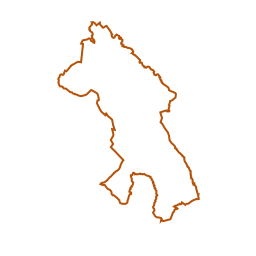 the district of Ogan Ilir, Sumatera Selatan, Indonesia, rotated 315°
{"feature_id": "22746128B50783491652131", "entity_name": "Ogan Ilir", "entity_type": "district", "adm_level": 2, "iso_a3": "IDN", "parent_name": "Indonesia", "parent_adm1": "Sumatera Selatan", "projection": "robinson", "projection_center": [104.638, -3.42], "detail": "fine", "context": "isolated", "style": "outline", "palette": "amber", "viewbox_px": 256, "rotation_deg": 315, "n_neighbors": 0, "source": "geoboundaries", "source_scale": "gbopen_adm2", "svg_char_len": 5856}
<svg xmlns="http://www.w3.org/2000/svg" viewBox="0 0 256 256"><g transform="rotate(315 128 128)"><path d="M178.4,33.1L178.6,30.0L178.1,28.3L177.1,28.3L176.9,27.8L176.0,29.3L171.5,29.7L170.9,31.1L170.2,31.8L170.0,31.6L169.9,31.9L169.8,33.2L170.2,34.4L170.0,36.0L169.3,36.8L168.7,37.2L167.6,37.2L167.2,38.2L166.5,38.6L166.2,39.8L166.2,41.8L166.0,42.3L165.5,43.1L164.4,43.9L164.0,43.0L164.3,42.8L164.0,41.9L164.1,41.6L163.5,40.0L164.5,38.6L164.0,37.5L163.7,37.0L163.1,36.8L162.1,36.7L157.8,34.0L154.5,35.2L155.6,36.7L155.1,37.2L141.3,48.3L139.3,45.7L132.1,43.7L132.1,43.8L125.1,44.3L124.4,44.3L124.1,43.8L124.0,42.9L122.4,43.5L121.2,44.3L120.2,44.6L119.5,44.4L119.2,44.1L119.0,43.1L118.8,43.0L118.2,42.6L117.2,42.6L115.4,43.6L114.2,43.6L113.2,44.3L113.1,44.8L112.3,45.9L111.4,46.2L110.4,47.5L110.4,47.9L109.5,49.4L109.5,50.7L110.6,51.7L110.7,52.8L110.9,53.4L110.6,53.8L110.6,54.7L112.0,56.3L112.5,61.7L113.6,63.2L113.4,64.4L114.3,66.0L114.2,66.5L114.9,67.1L115.9,69.8L116.7,71.4L117.6,72.5L118.7,73.0L119.3,73.6L120.6,74.1L122.3,75.0L128.8,75.1L129.8,78.2L130.6,81.4L130.6,82.0L130.0,83.5L128.2,86.4L127.1,87.6L126.0,87.0L125.8,87.3L125.1,87.4L123.7,88.5L123.4,88.9L121.4,94.8L120.7,97.6L121.0,103.0L122.3,102.6L123.2,101.6L122.6,103.5L122.2,105.6L122.6,108.9L122.6,110.9L119.4,115.7L117.3,119.9L116.0,117.6L113.0,122.4L111.9,123.1L107.4,124.3L106.1,128.8L102.3,129.4L102.3,136.5L102.0,145.5L102.1,147.1L101.9,147.6L100.4,147.6L96.9,148.8L95.0,149.9L92.7,150.7L90.9,150.7L88.1,150.0L87.5,150.3L86.5,149.8L85.1,150.2L84.5,150.0L81.5,150.2L79.8,149.9L76.2,150.3L72.7,149.7L70.9,148.4L70.0,148.1L68.9,148.2L69.5,149.8L71.2,151.9L70.6,156.2L70.6,156.7L71.3,158.5L71.5,159.4L71.2,161.2L70.7,162.0L69.9,162.9L69.6,163.7L69.7,164.7L70.1,164.8L70.4,165.9L70.8,169.3L70.8,172.8L69.5,175.1L69.5,175.6L70.0,177.0L72.2,179.6L73.8,180.2L74.9,180.2L76.3,179.1L78.8,177.9L79.5,177.3L81.4,176.4L82.6,176.1L83.2,176.8L83.7,176.8L83.9,176.2L84.6,175.8L83.9,174.0L86.1,172.7L86.7,173.0L87.3,172.1L87.8,172.2L88.4,172.0L89.2,172.2L89.3,171.7L90.5,171.6L91.7,171.3L92.3,170.6L93.1,170.3L93.2,169.3L93.1,168.2L94.7,166.7L96.1,163.8L96.6,163.5L96.9,164.0L97.9,164.3L99.5,163.4L100.0,163.4L100.4,163.8L100.6,164.3L100.5,164.9L100.1,165.6L101.0,166.2L101.4,167.0L103.7,168.6L104.2,168.7L104.1,169.4L104.8,169.8L105.6,170.8L105.6,171.2L107.0,171.9L107.3,174.1L109.0,177.3L109.0,177.8L109.3,178.3L108.8,178.5L108.8,180.7L108.1,181.3L108.3,182.4L107.2,183.9L107.6,184.0L107.5,184.7L106.9,184.9L105.8,186.6L106.2,186.6L106.1,187.5L104.4,189.1L104.7,189.5L104.7,190.1L104.2,190.3L103.8,190.9L103.7,192.5L101.4,194.6L101.4,195.6L101.1,195.7L101.1,196.1L100.7,196.1L100.6,196.4L100.2,196.3L98.9,196.6L98.3,197.9L96.2,198.3L95.9,198.9L95.7,198.7L95.0,199.4L93.7,199.5L93.3,199.8L93.3,200.2L90.9,201.4L89.9,201.5L89.3,202.6L89.3,203.6L88.5,204.9L85.8,205.6L84.9,209.7L85.0,210.6L85.3,211.7L86.3,212.7L87.8,215.2L87.7,215.7L87.5,216.0L86.1,216.6L85.6,217.0L87.1,216.9L86.8,218.4L88.1,219.4L93.0,222.2L93.8,222.4L99.2,220.0L99.9,219.5L101.2,219.7L103.4,218.7L105.8,220.1L106.1,220.0L105.0,216.1L106.3,216.3L108.0,217.4L109.0,217.5L109.9,218.1L110.9,218.1L111.1,219.0L112.0,219.5L113.5,218.7L114.2,222.9L115.6,222.9L116.8,223.9L117.4,224.2L121.1,224.7L122.9,225.2L126.1,226.6L127.0,227.7L127.8,228.2L128.5,227.4L129.7,225.5L131.0,224.8L130.6,224.4L130.7,223.8L133.4,219.0L134.5,218.0L134.8,215.4L135.6,214.3L134.3,214.2L134.7,213.2L135.2,213.0L135.4,211.9L135.7,211.9L137.0,210.3L137.5,209.3L137.3,208.4L137.1,208.3L137.6,207.5L138.2,207.3L139.0,205.6L139.6,205.4L140.1,204.2L141.1,203.7L141.2,203.2L141.9,202.7L141.7,201.6L142.2,200.8L142.5,199.8L143.0,199.1L142.7,197.5L143.1,197.2L143.1,196.4L144.1,194.4L144.1,193.8L144.7,191.4L145.6,190.0L146.2,189.5L146.4,189.1L146.8,188.9L147.1,188.5L146.9,188.1L146.7,186.9L147.0,186.2L146.7,186.1L146.8,185.3L147.0,185.1L146.9,183.1L147.0,182.1L146.7,181.7L146.7,181.0L147.0,179.5L147.0,178.0L147.3,177.8L147.3,177.2L147.5,177.2L147.4,176.2L147.8,174.9L147.6,174.9L148.2,174.2L148.3,173.3L148.2,169.1L148.7,166.2L149.0,165.6L149.4,165.3L151.5,162.5L153.0,159.5L153.9,154.0L155.2,149.3L155.1,147.0L159.1,145.0L160.5,142.3L161.9,139.8L167.4,142.6L167.5,143.4L167.7,143.5L167.5,144.0L167.9,144.2L168.1,144.7L168.5,144.9L168.9,145.3L169.3,145.2L169.5,144.9L169.8,143.5L173.0,141.7L173.2,140.7L173.8,140.6L176.9,138.7L179.1,139.8L179.8,139.7L182.3,140.0L183.3,139.9L186.0,137.8L186.1,136.5L185.6,135.4L185.6,134.8L184.4,132.4L183.8,130.2L184.8,128.8L185.1,127.5L184.0,121.2L184.3,120.5L184.0,119.7L184.6,119.4L184.7,117.7L185.3,117.7L185.4,116.1L186.0,114.5L186.7,114.8L187.1,112.0L187.0,111.0L186.7,110.7L185.0,110.4L184.4,109.1L184.6,108.9L184.6,108.3L185.0,108.0L185.3,106.9L185.8,106.6L186.3,106.7L186.4,106.4L186.7,104.7L185.8,103.3L185.7,102.7L185.8,102.6L185.8,101.9L186.1,100.5L186.3,100.2L186.3,99.9L185.6,98.7L184.6,98.3L183.6,98.3L183.2,97.0L182.5,96.9L182.4,96.7L182.5,96.5L183.1,96.1L182.7,94.4L183.0,93.2L183.9,91.6L183.9,91.3L183.6,91.0L182.5,90.3L182.5,89.8L184.6,88.5L184.5,85.5L184.7,84.3L184.5,83.5L184.6,82.0L184.4,82.0L184.1,80.9L183.9,79.7L184.0,79.5L183.9,79.2L184.4,78.7L183.8,77.9L185.2,78.0L185.6,77.8L185.6,77.5L185.9,77.1L186.2,75.8L186.5,75.6L186.3,74.4L185.8,73.0L185.1,71.9L184.4,71.2L184.2,70.2L183.6,69.0L182.6,68.0L182.6,67.2L182.9,66.9L182.2,66.7L181.9,66.2L182.8,65.7L183.3,65.0L182.7,64.6L182.6,64.3L182.7,63.8L183.0,63.6L183.1,63.2L183.6,62.9L185.1,62.8L185.8,62.4L186.4,61.8L186.3,61.4L186.0,60.9L186.0,60.5L186.9,59.6L186.8,58.9L186.4,58.8L184.8,59.1L184.5,59.1L184.3,59.1L184.6,59.0L185.2,58.0L186.5,57.3L186.9,56.7L186.2,55.0L186.0,53.9L183.8,53.8L182.5,54.5L181.4,53.8L181.2,53.4L181.3,51.9L182.1,50.7L182.8,50.6L182.6,50.2L183.1,49.8L183.5,48.7L184.1,46.4L185.0,40.6L184.5,40.3L181.8,39.7L180.5,39.3L181.0,39.4L181.3,38.5L181.4,35.3L182.6,33.6L178.4,33.1Z" fill="none" stroke="#b45309" stroke-width="2"/></g></svg>